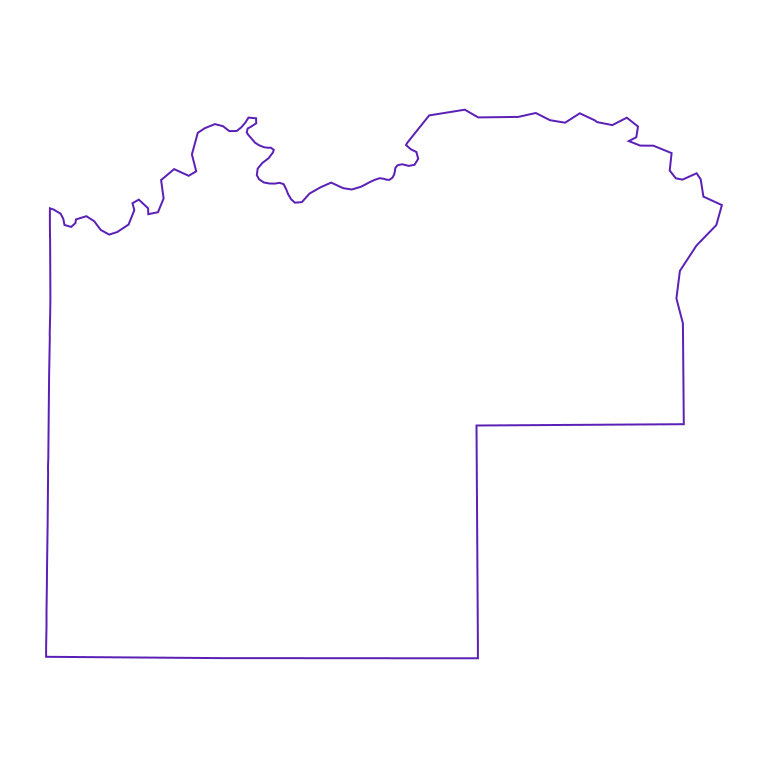 the district of McKenzie, North Dakota, United States of America
{"feature_id": "52423323B35448642149911", "entity_name": "McKenzie", "entity_type": "district", "adm_level": 2, "iso_a3": "USA", "parent_name": "United States of America", "parent_adm1": "North Dakota", "projection": "albers", "projection_center": [-103.467, 47.736], "detail": "fine", "context": "isolated", "style": "outline", "palette": "violet", "viewbox_px": 768, "rotation_deg": 0, "n_neighbors": 0, "source": "geoboundaries", "source_scale": "gbopen_adm2", "svg_char_len": 1953}
<svg xmlns="http://www.w3.org/2000/svg" viewBox="0 0 768 768"><path d="M682.9,323.3L676.4,298.4L679.9,270.9L696.5,245.5L716.3,225.1L721.9,205.1L703.4,196.6L700.7,179.3L696.6,173.3L682.5,179.6L675.8,178.3L669.7,170.5L671.6,153.1L653.4,145.7L640.2,145.6L628.8,141.1L636.3,137.2L638.0,126.5L626.8,117.7L612.3,125.1L597.1,122.1L594.7,120.3L579.8,113.3L565.1,122.7L550.0,120.2L535.8,113.0L518.2,116.9L487.8,117.3L478.2,117.4L464.8,109.7L429.2,115.4L407.4,142.6L406.0,145.0L410.9,149.3L416.4,152.0L418.2,158.8L414.5,164.8L408.7,165.9L405.3,165.0L402.5,164.3L399.7,164.7L397.4,165.4L395.3,168.1L394.9,171.0L394.2,174.4L392.5,177.6L389.5,179.8L387.1,179.8L383.7,178.8L379.7,178.2L374.6,179.9L369.4,182.3L365.0,184.7L360.8,186.8L355.8,188.3L351.8,189.5L343.2,188.2L331.2,182.6L320.5,187.3L309.6,193.5L301.9,202.1L295.0,202.7L291.2,199.4L288.2,194.3L286.2,189.3L283.7,184.2L279.7,182.8L274.7,183.6L269.5,183.5L263.9,182.5L259.1,179.3L256.8,175.2L257.7,168.6L262.3,163.0L268.6,158.2L272.9,152.5L273.8,149.9L270.7,147.6L268.3,147.8L263.9,147.2L259.0,145.2L255.0,142.7L252.0,139.1L248.3,134.9L246.7,132.5L247.7,128.5L251.0,126.7L256.2,123.3L256.1,118.3L248.5,117.6L245.3,122.7L241.1,127.5L236.7,131.0L229.3,131.1L223.0,126.2L214.9,124.1L204.8,128.2L197.8,132.8L191.9,154.4L196.2,171.3L188.7,175.8L174.1,169.1L161.1,180.1L163.6,198.5L158.0,212.2L148.3,214.2L148.1,208.3L138.8,199.6L132.5,203.2L134.3,210.2L128.6,224.5L117.3,232.0L109.2,234.6L100.7,229.9L94.2,221.2L86.4,216.2L76.0,219.4L75.4,223.1L71.2,226.9L64.5,225.0L63.3,218.9L60.6,213.7L53.7,209.6L50.0,208.3L49.9,210.5L49.9,224.8L50.0,236.3L50.1,239.6L50.3,279.0L50.4,298.4L50.2,312.3L49.7,334.8L49.8,336.7L49.8,338.1L49.1,375.8L49.1,376.0L48.3,458.2L48.0,466.7L48.1,472.8L47.6,526.5L47.0,569.7L46.9,583.8L46.5,611.4L46.5,611.7L46.5,626.5L46.1,647.8L46.1,655.5L46.1,656.8L218.9,658.1L477.9,658.3L477.9,643.7L476.5,425.5L619.6,424.6L683.8,424.2L682.9,323.3Z" fill="none" stroke="#5b21b6" stroke-width="2"/></svg>